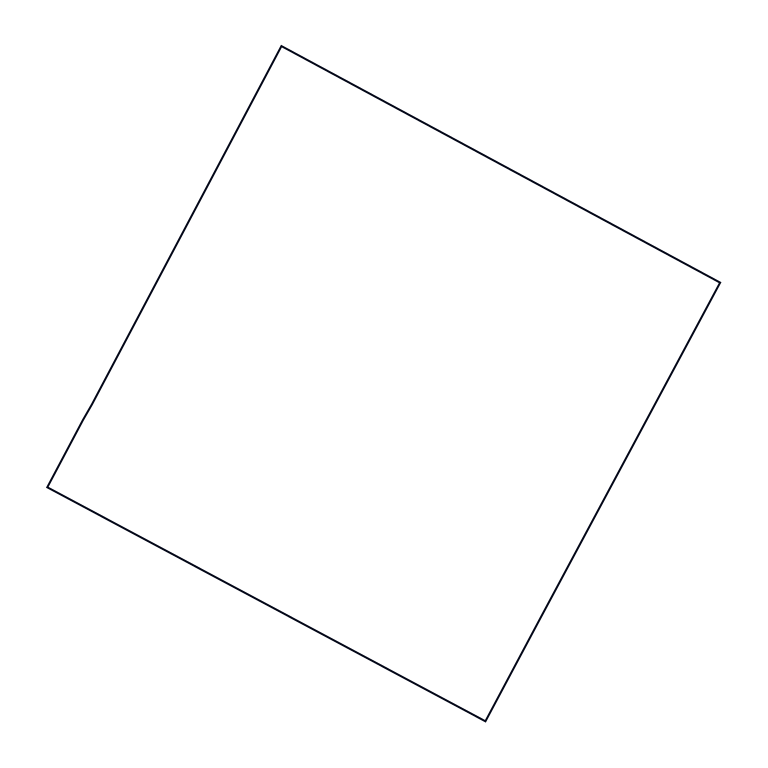 outline of Hall, Texas, United States of America, rotated 118°
{"feature_id": "52423323B5625612438776", "entity_name": "Hall", "entity_type": "district", "adm_level": 2, "iso_a3": "USA", "parent_name": "United States of America", "parent_adm1": "Texas", "projection": "albers", "projection_center": [-100.587, 34.531], "detail": "fine", "context": "isolated", "style": "outline", "palette": "ink", "viewbox_px": 768, "rotation_deg": 118, "n_neighbors": 0, "source": "geoboundaries", "source_scale": "gbopen_adm2", "svg_char_len": 262}
<svg xmlns="http://www.w3.org/2000/svg" viewBox="0 0 768 768"><g transform="rotate(118 384 384)"><path d="M634.2,136.1L516.8,136.0L136.7,134.8L133.8,633.2L539.1,632.3L557.2,632.9L633.3,632.8L634.2,136.1Z" fill="none" stroke="#020617" stroke-width="2"/></g></svg>